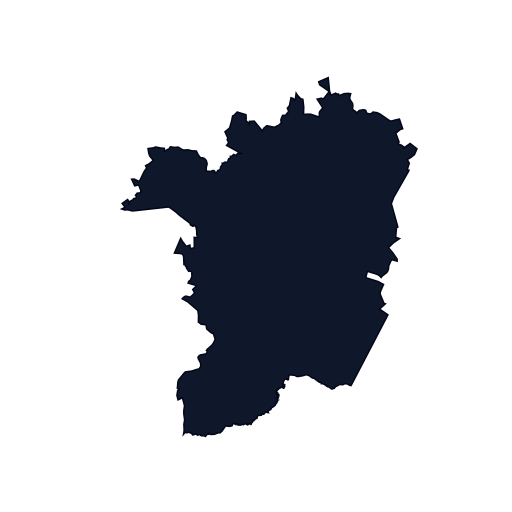 Galeras, Sucre, Colombia, rotated 107°
{"feature_id": "7082276B66426156140474", "entity_name": "Galeras", "entity_type": "district", "adm_level": 2, "iso_a3": "COL", "parent_name": "Colombia", "parent_adm1": "Sucre", "projection": "mercator", "projection_center": [-74.96, 9.119], "detail": "fine", "context": "isolated", "style": "filled", "palette": "ink", "viewbox_px": 512, "rotation_deg": 107, "n_neighbors": 0, "source": "geoboundaries", "source_scale": "gbopen_adm2", "svg_char_len": 6116}
<svg xmlns="http://www.w3.org/2000/svg" viewBox="0 0 512 512"><g transform="rotate(107 256 256)"><path d="M352.1,127.2L273.7,112.6L270.6,122.3L263.9,118.3L263.9,119.7L256.0,126.2L253.9,126.6L245.9,125.7L244.7,131.8L244.6,144.7L238.1,145.0L238.1,135.3L238.6,132.6L240.0,130.0L238.4,129.5L233.9,126.3L232.1,125.6L229.8,125.5L226.3,126.2L220.6,125.4L219.8,124.7L219.7,119.5L217.7,120.1L212.8,126.3L209.3,131.8L203.2,128.4L197.4,123.8L197.2,127.9L187.9,129.9L186.8,128.8L166.3,141.9L159.4,141.4L130.1,134.8L129.2,134.8L129.4,136.6L122.5,136.5L119.3,139.7L118.3,138.3L116.5,136.7L112.7,134.1L106.4,133.4L103.3,141.5L109.6,146.4L108.4,146.7L107.6,148.9L107.1,152.9L105.5,153.3L105.1,152.5L97.8,158.2L93.1,155.2L91.4,152.9L83.1,158.9L85.9,163.8L87.1,165.4L87.6,167.4L83.9,179.1L83.5,182.0L84.1,186.2L85.6,187.0L86.9,188.9L87.0,191.9L84.6,193.7L84.6,195.9L86.6,199.8L90.0,201.6L88.8,202.7L87.9,205.7L87.1,206.7L84.2,207.2L81.9,208.2L79.0,211.7L77.3,212.7L73.1,212.9L73.5,215.5L75.0,219.2L78.6,223.8L76.9,224.4L77.5,225.5L77.0,227.5L80.2,231.2L77.0,233.8L64.3,239.1L71.0,247.0L73.7,245.2L77.1,234.5L78.5,234.5L85.7,237.3L86.2,238.3L85.9,239.5L88.1,243.4L94.8,235.5L99.3,237.3L100.2,237.4L103.9,236.3L104.6,236.5L104.4,245.3L106.6,252.3L104.9,252.4L99.5,253.9L92.4,257.0L92.6,258.2L92.2,259.8L90.0,263.6L88.6,265.2L93.0,264.5L96.0,264.6L95.8,265.4L94.5,266.4L94.4,268.8L102.5,268.0L105.5,269.3L108.0,267.1L108.6,267.2L112.9,269.0L113.7,271.7L117.8,272.1L119.0,271.9L121.1,270.8L124.0,272.3L127.5,276.1L128.2,283.8L131.5,285.9L134.5,286.6L127.5,297.1L129.2,301.7L132.0,300.8L129.2,305.4L127.5,305.5L123.8,306.9L123.8,316.1L127.9,318.2L128.9,319.3L134.3,318.8L141.3,318.7L146.3,322.0L151.6,317.3L153.0,317.7L155.7,315.3L158.9,316.5L162.3,300.1L163.2,301.8L163.3,303.7L164.7,304.0L165.7,305.1L165.4,307.1L167.5,308.1L168.2,309.7L169.2,309.2L170.2,309.6L171.0,310.6L173.0,310.7L174.0,310.3L175.0,311.4L175.2,313.0L176.8,314.6L177.2,315.5L178.2,314.9L181.2,315.9L183.7,315.6L184.6,316.2L185.4,317.6L187.2,317.9L188.1,318.7L188.3,319.8L187.0,320.2L186.6,321.5L187.2,322.8L188.4,324.0L189.3,328.5L185.3,329.5L182.3,329.6L179.7,331.1L178.6,332.3L177.8,333.9L177.7,335.9L178.2,337.4L177.6,338.9L175.9,341.1L173.0,343.7L174.1,348.0L174.3,352.0L175.8,356.2L175.7,358.2L174.6,362.0L174.9,363.1L175.9,365.5L176.6,369.8L179.1,370.6L180.1,371.9L182.8,374.0L179.8,375.1L180.5,378.4L181.1,384.0L182.4,385.4L184.8,390.7L189.3,388.5L191.5,386.8L194.4,382.4L194.9,382.4L199.0,385.1L201.9,388.0L203.8,386.3L207.7,387.6L218.4,389.3L218.7,389.5L218.7,390.7L218.0,394.8L218.9,397.4L224.4,392.5L222.4,389.0L227.9,384.6L228.0,385.1L228.8,385.0L229.9,385.9L230.3,387.5L231.0,388.3L233.3,389.0L233.7,387.9L235.0,387.6L235.9,388.0L236.9,389.8L238.1,390.1L240.2,392.1L241.8,392.8L243.0,392.1L243.4,392.6L243.0,392.5L242.3,393.5L241.0,393.4L239.5,395.3L244.9,399.4L247.7,395.4L250.3,398.2L250.4,395.1L249.3,392.0L249.1,387.5L248.4,385.7L234.7,353.9L235.2,351.7L237.3,345.7L239.6,340.7L243.7,329.5L244.6,327.8L245.2,328.0L245.7,327.0L245.7,326.1L246.0,325.7L245.6,325.4L245.9,324.8L244.7,324.0L245.4,322.5L244.7,322.5L249.2,320.1L252.7,319.0L254.4,318.0L255.2,316.8L255.7,317.6L256.2,320.6L266.2,317.4L268.1,321.0L264.9,322.4L267.1,325.6L263.2,331.0L261.1,333.2L277.1,334.9L275.8,329.2L275.7,327.2L276.1,326.4L277.9,325.0L285.0,322.5L284.5,322.0L286.5,320.3L286.3,319.4L288.0,318.8L290.3,315.9L289.6,313.2L290.2,312.5L291.2,312.5L293.6,311.5L295.1,311.3L298.5,311.8L299.8,312.9L301.8,313.0L301.7,305.3L302.5,304.5L306.5,306.7L309.3,304.0L312.5,305.6L314.6,306.9L314.8,311.2L315.3,312.0L316.9,313.4L318.5,314.1L319.7,308.2L325.1,295.7L329.7,293.6L336.0,291.8L337.3,288.5L336.4,283.7L340.2,281.8L342.0,277.8L342.7,275.7L342.8,274.0L347.6,270.7L351.5,271.2L354.3,272.2L359.5,275.4L360.7,275.7L360.6,275.1L363.1,274.6L364.3,275.5L366.9,280.3L368.4,281.5L369.9,281.9L371.5,280.8L374.2,278.1L375.7,277.2L377.9,276.6L380.8,277.5L381.1,278.5L384.9,284.0L387.4,289.6L388.5,290.3L397.2,293.9L399.5,293.8L405.4,292.6L405.4,290.7L406.4,290.7L407.3,291.6L412.4,290.9L416.4,288.5L413.1,284.9L420.1,280.6L425.3,279.8L428.3,278.8L433.7,276.3L438.0,275.8L443.9,273.7L447.7,273.2L445.4,272.2L445.3,270.4L444.2,268.9L444.5,265.8L445.7,264.2L443.9,261.5L443.9,260.7L444.5,259.6L443.3,257.9L443.9,255.7L443.4,255.4L443.6,254.4L443.1,252.7L443.3,251.5L441.2,250.9L440.4,249.4L439.4,249.7L439.5,248.5L440.0,247.8L439.8,246.6L438.6,243.5L436.0,240.2L435.7,238.7L433.4,237.3L427.4,235.4L426.8,231.9L425.5,229.3L423.0,228.9L422.6,227.8L423.1,226.5L421.9,226.3L421.6,226.0L423.0,224.6L422.9,224.3L422.1,224.3L421.9,223.9L422.0,223.3L422.7,223.1L422.3,221.5L421.2,219.9L421.0,218.7L419.2,217.0L419.8,216.0L419.4,215.4L420.0,214.8L419.7,214.3L418.8,214.1L418.7,213.4L417.9,212.8L418.6,211.6L418.4,211.4L416.9,211.6L416.5,211.0L415.6,210.7L414.4,211.0L414.1,209.9L411.9,208.9L410.9,207.6L409.0,207.8L407.8,207.2L406.7,204.3L405.3,204.2L405.4,203.0L404.6,202.0L403.9,202.1L403.5,201.6L402.1,201.4L402.4,200.0L402.2,198.3L401.4,199.0L400.0,198.6L398.5,197.0L396.5,196.7L395.0,195.2L393.0,194.0L392.2,194.1L391.0,193.4L390.6,193.8L389.1,192.9L387.8,193.3L387.5,193.0L387.6,193.8L386.9,194.1L385.9,193.3L385.2,193.9L385.3,194.8L384.7,194.9L384.5,193.6L383.9,194.2L383.3,193.7L382.7,194.5L382.8,193.3L381.8,193.7L381.9,194.4L380.6,195.2L381.1,195.9L380.7,196.4L379.7,196.5L379.9,197.1L378.5,197.6L378.6,196.7L378.0,196.2L377.2,196.3L377.0,195.7L376.2,196.0L375.9,195.0L374.3,193.5L374.0,192.7L374.1,191.7L374.5,191.1L374.3,190.7L372.1,190.4L372.3,191.5L371.7,191.8L370.9,191.3L371.1,192.6L370.8,192.8L370.4,192.1L370.0,192.9L366.9,192.9L365.4,192.4L365.0,191.9L365.1,189.2L364.8,188.9L361.3,189.5L359.9,189.2L358.8,184.2L359.3,181.7L358.3,178.9L357.8,178.6L357.5,177.4L355.9,174.7L355.3,174.2L354.9,173.2L354.8,170.5L356.2,166.4L355.9,164.5L356.9,162.7L356.7,161.6L357.6,160.9L357.6,159.7L358.3,158.6L357.9,157.1L359.1,156.2L358.6,155.1L358.8,153.2L360.1,149.4L360.0,147.8L361.1,144.7L360.9,144.1L360.3,143.8L359.7,142.4L359.0,142.4L357.0,141.1L355.9,139.7L354.6,138.9L353.7,135.3L352.0,133.5L351.7,130.9L352.3,128.7L352.1,127.2Z" fill="#0f172a" stroke="#020617" stroke-width="1.5"/></g></svg>